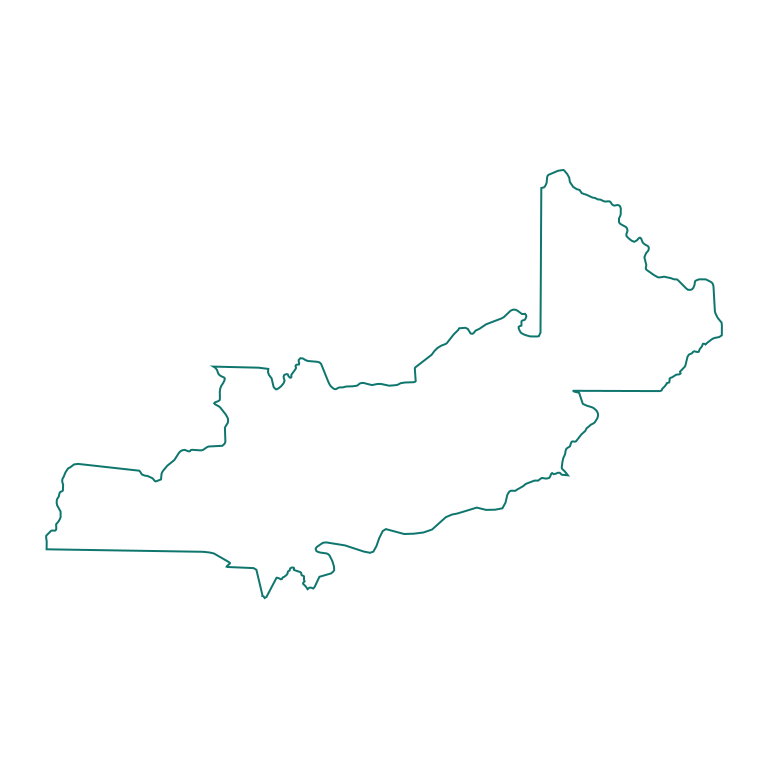 outline of Central
{"feature_id": "ZMB-516", "entity_name": "Central", "entity_type": "Province", "adm_level": 1, "iso_a3": "ZMB", "parent_name": "Zambia", "parent_adm1": "", "projection": "orthographic", "projection_center": [28.771, -13.872], "detail": "fine", "context": "isolated", "style": "outline", "palette": "teal", "viewbox_px": 768, "rotation_deg": 0, "n_neighbors": 0, "source": "natural_earth", "source_scale": "10m", "svg_char_len": 6081}
<svg xmlns="http://www.w3.org/2000/svg" viewBox="0 0 768 768"><path d="M537.1,336.5L538.8,336.2L540.5,332.6L541.3,188.0L543.9,187.4L544.7,186.6L545.7,185.1L546.6,182.8L547.2,177.0L547.6,175.8L548.4,174.9L557.9,170.8L562.9,170.0L563.5,170.0L564.2,170.5L567.1,173.9L569.2,177.6L569.9,182.0L573.1,186.8L576.6,189.1L579.6,190.0L581.7,193.1L584.2,194.1L586.2,194.6L592.3,197.5L595.1,198.0L597.8,199.4L600.4,199.6L604.0,201.3L605.8,201.6L607.7,201.3L609.7,201.4L610.8,202.4L612.0,204.4L613.7,205.5L614.4,205.6L617.5,205.0L618.8,205.3L620.0,206.2L620.8,208.4L620.7,214.3L620.3,215.7L619.0,218.5L619.0,221.8L619.4,222.9L620.6,224.1L625.9,227.0L627.1,228.5L627.5,230.9L626.4,234.0L626.4,235.9L628.5,238.2L631.6,240.7L634.2,241.8L636.7,240.5L639.0,238.0L640.0,237.7L641.1,238.5L642.5,242.0L643.3,243.2L645.4,244.8L647.5,245.8L648.5,246.8L648.8,247.9L648.7,249.5L648.2,250.7L646.0,253.3L644.4,257.3L646.3,265.0L645.8,268.4L646.1,269.3L646.9,270.1L653.7,274.9L657.9,277.3L659.9,277.4L664.2,276.7L671.0,278.2L674.0,279.3L676.9,279.4L678.3,280.5L686.5,288.7L688.0,289.8L690.8,289.8L692.3,289.1L693.4,287.7L694.5,285.0L695.0,281.4L695.8,280.6L699.1,279.3L704.7,279.3L706.1,279.5L710.5,281.7L712.0,282.8L712.4,283.3L713.1,284.8L713.5,286.6L714.9,311.5L715.6,313.7L717.7,317.9L721.6,322.6L721.9,325.8L721.8,335.3L719.3,337.0L714.0,338.1L711.5,339.5L707.0,343.0L705.5,344.5L704.7,343.9L703.7,343.7L702.8,344.0L701.9,346.4L699.8,349.0L698.7,351.8L697.2,352.0L694.3,351.3L693.3,351.7L691.9,353.3L688.9,354.6L687.5,356.8L685.5,365.1L684.8,366.7L680.0,371.7L680.6,373.5L679.4,374.3L676.2,374.7L672.0,377.4L670.5,377.8L669.6,378.7L669.6,380.5L669.2,382.4L666.7,383.2L666.7,383.7L664.8,386.3L662.2,388.9L661.7,390.3L660.6,390.9L659.5,391.1L573.5,390.8L573.5,391.2L574.5,391.7L578.6,392.6L579.2,393.0L582.6,403.3L583.1,404.0L586.6,405.6L591.8,407.2L593.5,408.0L596.5,410.6L597.8,413.1L598.1,415.0L597.8,416.8L597.3,418.3L594.8,422.3L593.6,423.3L590.7,424.8L588.2,427.1L586.7,428.1L585.3,430.9L581.3,434.5L576.1,441.2L574.9,441.7L572.8,441.4L571.7,441.7L570.8,443.5L570.1,446.0L569.5,446.7L567.4,447.9L566.2,449.1L565.5,451.1L565.2,453.6L564.5,455.6L563.3,457.9L562.4,462.1L561.7,467.9L562.3,469.1L564.6,471.2L567.9,475.3L562.3,474.8L561.2,474.3L560.2,473.1L559.1,472.7L557.7,472.8L555.8,473.7L553.7,474.2L552.2,473.1L551.7,473.3L551.1,474.1L550.0,476.9L549.3,477.8L548.7,478.1L546.0,478.6L542.3,478.0L541.5,478.1L538.1,480.6L534.4,480.6L525.6,484.0L523.4,486.0L516.9,489.7L515.4,490.8L511.1,490.7L509.3,491.6L507.8,493.9L507.2,495.3L505.5,502.7L502.4,508.3L495.1,509.7L486.1,509.9L476.8,507.6L457.4,513.5L451.8,514.6L445.8,517.2L432.1,529.5L423.4,532.5L413.7,533.7L404.1,534.0L385.9,529.1L382.7,531.1L379.2,538.2L376.4,546.2L373.4,551.6L370.0,552.8L363.6,551.5L345.0,545.4L326.2,542.4L323.4,542.7L322.4,543.1L316.9,546.9L315.9,548.2L315.7,549.3L316.4,551.0L317.9,551.9L320.5,552.6L326.4,553.4L328.1,554.1L329.5,555.4L332.3,561.0L333.9,566.2L334.2,569.8L334.0,570.5L333.0,571.8L331.1,573.4L319.4,576.8L314.7,586.8L313.2,588.5L311.3,587.7L309.4,587.7L307.6,589.2L305.8,586.5L303.1,583.8L303.2,582.8L304.6,581.3L304.0,580.0L304.0,576.5L303.7,576.0L301.9,575.3L301.5,574.9L301.2,573.0L300.3,572.1L294.1,570.0L293.8,569.4L294.1,568.4L293.8,567.8L293.1,567.5L291.5,567.6L290.1,568.5L289.6,570.5L288.2,571.3L287.9,571.7L287.5,573.6L286.9,574.6L284.3,576.8L282.7,577.5L281.9,579.0L280.9,579.3L279.2,578.4L277.1,577.7L276.5,577.8L266.5,596.9L264.6,598.0L263.5,596.3L262.3,596.0L262.3,594.6L256.4,569.8L253.6,568.1L227.8,567.0L226.7,566.7L227.2,565.9L229.8,563.6L229.9,562.9L228.7,562.0L214.0,553.5L209.6,552.5L203.2,551.8L46.6,549.3L46.7,541.5L46.1,537.3L46.3,535.6L51.1,530.8L52.2,530.5L54.9,530.7L55.8,530.1L56.3,528.7L56.1,524.3L58.1,522.0L59.6,519.6L60.6,517.2L60.6,511.6L57.1,505.2L56.7,503.2L56.7,500.9L57.2,498.9L58.7,496.7L59.6,492.9L60.3,492.0L62.6,490.9L62.9,490.3L63.1,484.7L62.4,482.4L62.2,480.6L62.5,478.8L63.7,476.7L65.4,472.5L67.3,469.5L68.4,468.2L70.1,467.4L74.1,464.4L78.0,463.9L139.2,470.7L140.3,471.9L141.9,474.5L144.8,475.6L147.6,476.0L152.6,478.3L154.9,481.1L156.0,481.4L161.0,479.4L161.6,473.5L162.8,471.1L167.3,465.7L174.3,460.1L178.8,453.1L179.8,451.9L181.2,450.8L182.9,450.1L184.8,449.9L188.0,451.2L189.4,451.4L190.0,451.1L190.8,450.1L192.0,449.8L201.2,450.4L203.2,449.8L207.1,447.1L208.7,446.5L222.3,445.8L224.2,444.1L224.7,443.5L225.4,441.7L224.9,427.8L225.6,426.3L227.8,422.8L228.1,420.8L227.8,418.2L225.9,414.7L220.4,407.7L219.1,406.5L214.9,404.2L214.2,403.3L214.8,402.5L218.1,401.2L219.7,400.1L219.9,399.0L219.8,391.7L220.2,388.7L221.1,386.2L223.3,382.8L224.4,380.5L224.8,378.5L224.2,377.6L220.8,376.0L219.4,375.0L218.1,373.2L217.2,370.4L216.6,369.4L215.2,367.7L213.4,366.6L258.7,367.7L268.3,368.9L268.0,372.2L269.0,375.0L271.6,378.4L273.6,386.9L274.6,388.2L276.1,389.4L278.1,388.6L281.1,386.3L283.5,383.4L284.6,380.6L283.8,378.2L283.6,376.5L284.2,375.1L285.2,374.5L286.6,374.1L287.8,374.4L288.6,376.3L289.9,377.6L290.7,377.7L291.3,377.2L291.4,374.7L294.9,370.0L295.9,368.4L296.0,367.6L295.5,366.2L295.9,365.2L296.6,364.7L299.0,364.4L299.2,362.9L298.7,361.5L298.7,360.0L300.4,358.2L303.0,358.5L305.5,360.1L307.9,361.0L317.3,361.8L319.5,362.4L321.1,363.9L328.6,382.5L329.7,384.6L331.1,386.6L333.4,388.5L334.6,389.1L336.1,389.1L338.0,387.9L339.7,387.4L342.7,387.4L346.3,386.5L352.5,386.3L356.4,385.8L357.5,385.4L359.8,383.5L361.9,382.9L363.7,383.0L372.0,385.1L377.2,384.0L380.8,383.9L389.1,385.7L396.3,385.1L397.6,384.8L400.6,383.2L405.0,382.5L413.9,382.2L415.1,381.7L415.7,381.1L414.8,368.5L415.3,367.4L431.6,354.8L434.4,351.0L437.6,347.9L441.4,345.6L445.8,343.9L446.7,343.3L453.8,334.3L458.2,330.0L459.1,328.3L465.4,327.8L467.9,329.0L470.6,333.5L472.3,333.8L473.5,333.2L475.6,330.6L479.6,328.7L486.1,324.3L501.8,318.3L504.1,316.9L510.6,310.7L513.2,309.6L515.8,309.8L517.8,310.9L521.8,313.9L523.2,314.1L525.0,313.8L526.0,315.0L526.3,316.2L526.1,317.4L525.1,319.4L524.3,320.0L522.3,320.5L521.5,321.3L521.4,325.6L519.6,326.2L518.7,326.8L518.7,328.4L519.2,329.7L520.5,332.2L521.4,333.1L523.1,334.1L525.5,335.1L530.0,336.4L537.1,336.5Z" fill="none" stroke="#0f766e" stroke-width="2"/></svg>